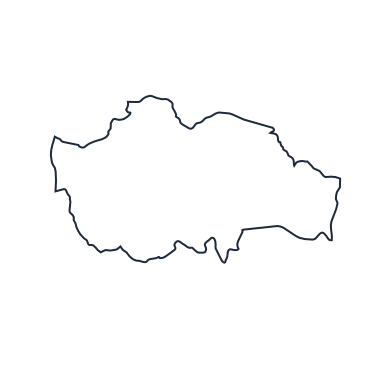 the border of Jambi, rotated 20°
{"feature_id": "IDN-1930", "entity_name": "Jambi", "entity_type": "Province", "adm_level": 1, "iso_a3": "IDN", "parent_name": "Indonesia", "parent_adm1": "", "projection": "albers", "projection_center": [102.763, -1.764], "detail": "fine", "context": "isolated", "style": "outline", "palette": "slate", "viewbox_px": 384, "rotation_deg": 20, "n_neighbors": 0, "source": "natural_earth", "source_scale": "10m", "svg_char_len": 4336}
<svg xmlns="http://www.w3.org/2000/svg" viewBox="0 0 384 384"><g transform="rotate(20 192 192)"><path d="M245.3,104.0L246.3,104.3L247.4,105.0L247.9,105.8L247.6,107.1L246.1,108.6L245.5,109.7L249.3,109.0L251.2,109.0L253.0,110.0L253.9,111.2L255.2,113.9L256.2,115.1L256.6,115.2L257.6,115.0L258.0,115.1L258.2,115.3L258.4,116.0L258.6,116.2L259.1,116.8L259.7,117.6L260.4,118.3L262.2,118.9L262.8,119.8L263.1,120.6L263.6,121.0L266.9,121.5L268.2,122.5L270.1,124.7L271.3,125.1L273.3,125.3L274.8,125.8L276.0,126.7L277.0,128.1L278.4,131.4L279.1,132.3L279.9,128.8L281.4,127.1L283.4,125.9L285.2,125.1L288.9,124.4L290.0,123.9L295.8,126.7L297.4,127.8L298.8,128.3L303.2,128.5L304.8,128.7L310.2,131.9L312.2,132.3L315.8,130.8L316.6,130.3L321.5,128.9L326.5,128.7L326.9,129.5L329.4,137.1L328.2,142.5L328.6,145.9L329.4,148.7L329.7,149.5L332.3,152.3L332.7,153.3L333.3,158.8L333.1,171.9L333.8,175.6L335.3,179.2L338.5,185.5L339.8,189.5L338.4,190.0L337.7,190.0L336.7,189.8L335.9,189.3L333.3,187.4L330.8,186.0L329.4,185.6L328.2,185.6L327.4,186.2L326.9,186.8L326.3,187.7L324.0,193.5L323.0,194.5L321.6,195.5L314.2,197.6L308.8,198.3L304.6,197.8L290.1,194.3L286.7,194.2L284.0,194.7L253.6,209.6L252.3,210.6L253.1,212.2L252.1,222.8L252.4,225.5L253.3,227.4L253.7,228.0L254.7,229.0L255.1,229.4L255.1,230.0L254.7,230.6L253.8,231.2L252.6,231.8L251.1,232.2L248.0,232.6L247.1,233.0L246.5,233.7L246.2,234.8L246.2,235.6L246.2,236.3L247.2,240.4L247.3,242.8L247.3,243.3L247.1,244.0L247.0,244.5L247.0,245.0L247.2,245.5L247.2,246.1L247.1,246.7L246.8,247.2L246.1,247.3L245.2,247.2L243.5,246.4L233.6,237.0L232.9,235.6L232.3,233.6L230.8,230.4L229.7,229.1L228.8,228.3L227.4,227.9L226.0,228.4L224.1,231.9L222.7,233.9L222.0,235.8L222.0,237.1L222.7,238.1L223.5,238.9L224.3,239.9L224.9,241.2L225.0,242.5L225.0,243.6L224.5,244.3L223.4,245.1L219.7,246.5L217.9,246.8L215.8,246.2L211.2,244.3L208.6,245.4L206.1,245.2L203.3,244.3L200.6,243.8L198.1,243.0L196.5,242.8L195.4,243.0L194.5,243.9L193.8,245.3L193.5,246.7L193.6,247.9L194.2,248.8L194.9,249.4L195.5,250.2L195.8,251.1L195.5,252.3L189.3,261.5L188.2,262.8L186.8,264.0L185.3,264.8L184.3,265.1L183.8,264.9L183.5,264.4L183.0,264.4L181.3,266.0L179.8,267.1L175.7,269.3L174.4,270.4L173.6,271.7L173.2,272.8L172.4,273.7L170.9,274.3L165.5,274.8L164.4,275.2L163.0,275.5L161.5,275.5L159.7,275.4L157.3,274.6L155.3,273.8L151.2,271.2L146.7,270.0L143.4,267.7L141.1,271.6L136.4,274.4L134.8,275.1L131.0,276.0L130.2,276.5L126.7,280.0L125.9,279.5L123.7,279.0L122.6,278.4L120.5,277.2L117.7,276.0L116.5,276.0L115.8,276.1L114.0,276.8L113.2,276.8L112.3,276.4L110.5,274.2L109.5,273.3L107.3,272.7L106.0,272.3L101.3,269.8L98.2,267.4L95.3,264.4L93.4,261.5L90.4,258.8L89.7,256.5L89.1,255.7L87.8,254.5L85.1,253.4L84.0,252.6L83.2,251.3L81.1,242.8L79.5,240.3L79.3,239.3L79.2,238.8L78.7,238.2L77.7,237.5L76.2,236.7L74.2,234.8L73.5,233.9L72.8,233.3L72.1,232.9L70.6,233.1L63.5,238.1L60.4,228.0L56.9,219.5L55.7,217.5L54.8,216.2L52.0,214.0L50.7,212.6L49.2,210.3L46.7,205.5L45.4,200.8L44.7,195.7L44.2,186.9L47.5,187.5L49.0,187.3L50.4,187.8L52.0,188.8L53.9,189.0L69.2,186.7L70.3,187.7L73.2,187.9L74.3,187.5L75.5,186.7L77.6,183.4L79.3,181.3L82.6,178.2L89.7,172.9L91.7,170.8L92.8,169.1L93.7,166.5L93.6,165.8L93.3,165.2L92.8,164.5L92.7,163.7L93.6,161.1L93.8,160.1L92.2,155.1L92.6,152.6L93.0,150.9L93.8,150.0L94.5,149.7L95.1,149.6L96.0,149.6L99.0,149.1L101.3,147.9L103.1,146.6L105.1,144.0L106.3,142.0L107.1,140.3L107.2,139.2L107.1,138.7L106.6,138.5L106.2,138.7L105.7,138.9L104.8,139.0L103.2,138.2L102.0,137.3L102.3,135.4L102.3,133.5L102.0,131.5L100.9,129.2L110.6,125.9L111.3,125.5L112.0,124.8L112.6,124.2L113.5,122.4L114.0,121.3L114.5,120.5L115.2,119.6L116.9,117.9L118.7,116.6L119.4,116.1L120.2,115.8L121.0,115.7L121.9,115.6L126.9,115.7L131.2,115.2L132.6,114.8L135.1,113.8L136.2,113.5L137.2,113.4L138.2,113.5L141.7,114.5L142.6,114.9L143.4,115.6L143.9,116.6L144.6,118.8L145.1,119.5L149.5,123.4L150.4,124.6L150.8,125.3L150.9,126.1L151.1,126.5L151.6,126.8L153.8,127.2L154.8,127.6L155.6,128.2L156.1,128.9L157.1,130.4L158.0,131.1L159.9,131.8L167.6,133.2L169.5,132.9L170.8,131.5L172.3,126.9L172.8,125.9L175.4,124.3L176.1,123.7L176.7,123.1L177.5,122.0L178.7,119.4L179.1,118.6L179.8,117.6L180.5,117.0L183.1,115.2L183.9,114.5L187.1,110.5L188.4,109.3L189.3,108.6L190.4,108.0L200.2,105.4L203.7,105.3L216.0,106.2L244.3,104.2L245.3,104.0Z" fill="none" stroke="#1e293b" stroke-width="2"/></g></svg>